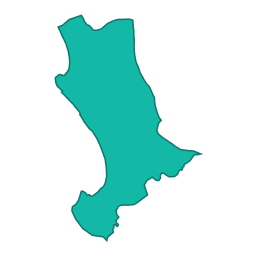 the district of Kota Bengkulu, Bengkulu, Indonesia
{"feature_id": "22746128B322693337562", "entity_name": "Kota Bengkulu", "entity_type": "district", "adm_level": 2, "iso_a3": "IDN", "parent_name": "Indonesia", "parent_adm1": "Bengkulu", "projection": "robinson", "projection_center": [102.302, -3.836], "detail": "fine", "context": "isolated", "style": "filled", "palette": "teal", "viewbox_px": 256, "rotation_deg": 0, "n_neighbors": 0, "source": "geoboundaries", "source_scale": "gbopen_adm2", "svg_char_len": 5096}
<svg xmlns="http://www.w3.org/2000/svg" viewBox="0 0 256 256"><path d="M58.2,27.0L58.9,28.9L59.7,30.2L60.1,30.9L61.0,33.2L62.0,35.6L62.5,36.7L63.8,39.0L64.5,40.6L65.0,41.7L65.8,43.3L66.0,43.7L66.3,44.8L66.6,45.8L66.8,46.7L67.5,48.7L67.8,49.5L68.0,50.0L68.2,50.6L68.3,51.5L68.5,52.3L68.6,53.0L68.7,53.7L68.9,54.7L69.0,55.5L69.1,55.9L69.2,56.6L69.3,57.0L69.4,57.3L69.5,58.3L69.5,59.0L69.5,59.6L69.6,60.3L69.6,60.9L69.6,61.9L69.6,62.3L69.6,62.6L69.6,63.1L69.6,64.2L69.5,64.8L69.4,65.8L69.3,66.6L69.2,67.2L69.1,67.9L69.0,68.4L68.8,69.0L68.6,69.7L68.5,70.3L68.4,70.6L68.0,70.6L67.5,71.6L67.4,71.9L67.3,72.0L66.5,72.8L65.4,74.0L65.5,74.8L65.2,74.9L64.4,75.2L63.9,75.6L63.4,75.5L62.7,75.3L62.2,75.3L61.8,75.4L61.8,75.5L61.7,75.5L61.5,75.2L61.4,74.9L61.2,75.0L61.0,74.8L60.8,74.7L60.2,74.5L59.7,74.5L58.9,74.9L58.1,75.3L57.1,76.0L57.1,75.9L57.1,76.0L57.1,76.3L56.6,76.7L56.5,76.8L56.3,76.8L56.0,77.0L55.7,77.3L55.5,77.6L55.5,77.8L55.4,78.3L55.3,78.9L55.7,81.2L55.8,81.6L55.9,83.0L56.0,83.2L56.5,84.3L56.9,85.2L57.0,85.5L57.2,85.4L57.5,86.1L58.0,86.9L58.1,87.0L58.9,87.7L59.2,87.9L60.4,89.1L61.3,90.0L61.9,90.6L62.4,91.1L62.5,91.1L61.5,92.3L62.8,93.6L65.0,95.7L66.3,97.1L67.7,98.6L68.0,98.8L68.0,98.7L69.1,100.0L69.4,100.4L70.2,101.2L72.8,103.9L73.6,104.6L74.0,105.0L74.7,106.1L74.8,106.0L74.6,106.2L77.0,109.0L77.7,109.7L78.3,110.5L78.5,110.7L80.6,114.2L79.9,114.7L80.5,115.7L83.8,120.9L83.8,121.2L85.5,123.6L85.7,123.8L87.9,126.8L89.4,128.8L89.6,129.0L92.2,131.1L93.8,133.6L95.4,136.1L97.0,138.7L97.6,140.1L98.7,142.4L99.8,144.8L101.1,147.9L102.1,150.6L103.4,154.2L104.0,155.9L105.1,158.9L105.3,160.2L105.7,163.1L106.3,167.0L106.4,169.4L106.5,172.7L106.7,175.7L106.7,176.5L106.2,178.7L105.7,181.2L104.9,183.9L103.9,185.8L102.7,187.4L100.9,188.4L99.5,190.1L98.3,191.6L96.5,193.1L95.4,193.9L92.5,196.1L90.7,196.3L89.4,194.7L88.4,194.9L87.1,195.1L85.3,192.7L84.4,192.1L82.7,191.2L81.4,191.2L80.9,192.4L80.4,194.5L79.7,196.7L79.2,198.2L78.6,200.2L77.0,202.6L76.0,204.2L74.2,205.5L72.4,206.8L72.1,209.1L71.9,210.8L72.8,212.9L75.6,218.9L82.8,228.6L92.4,235.3L103.3,236.9L106.8,240.6L107.4,237.5L112.2,233.2L112.7,233.0L112.9,232.9L113.0,232.8L113.1,232.7L113.2,232.4L113.3,232.2L113.3,231.9L113.3,231.6L113.2,231.2L113.1,230.8L112.7,229.7L112.7,229.3L112.7,229.2L112.8,229.0L113.1,228.7L113.5,228.3L113.7,227.9L113.9,227.6L114.0,227.3L114.0,227.0L114.0,226.8L113.9,226.6L113.7,226.0L113.6,225.6L113.5,225.3L113.6,225.2L114.0,224.9L114.5,224.8L114.8,224.7L115.2,224.7L115.4,224.8L115.6,224.8L115.8,224.9L115.9,225.0L116.0,225.2L116.4,225.8L116.5,226.0L116.9,226.4L117.0,226.4L117.3,226.4L117.6,226.2L117.8,226.0L117.9,225.9L118.1,225.3L118.2,224.7L118.2,224.4L118.1,224.2L117.9,223.9L117.3,223.8L117.1,223.8L116.9,223.6L116.8,223.4L116.7,223.2L116.6,222.9L116.3,221.6L116.2,221.4L116.2,221.2L116.3,220.6L116.3,220.3L116.3,220.1L116.4,219.8L116.6,219.6L116.8,219.3L117.0,219.1L117.7,218.6L117.8,218.5L118.0,218.3L118.2,218.0L118.5,217.7L118.6,217.3L118.7,217.1L118.6,216.7L118.4,216.5L118.2,216.4L117.9,216.1L117.6,215.8L117.4,215.6L117.2,215.3L117.1,215.1L116.9,214.7L116.8,214.4L116.7,214.2L116.4,212.2L116.2,210.8L116.1,210.6L116.0,210.3L116.2,210.2L116.7,209.3L116.9,209.1L117.2,208.8L117.2,208.7L117.5,208.3L117.6,208.2L117.8,207.6L117.9,207.2L118.0,206.7L120.7,205.2L124.6,205.0L128.3,205.1L133.2,204.6L133.9,204.6L135.6,203.7L137.5,202.4L147.5,194.9L144.3,185.2L146.7,180.8L146.9,180.5L149.9,178.7L152.4,177.1L152.6,177.2L153.5,178.3L155.0,179.5L155.4,179.8L156.3,180.2L157.1,180.4L158.1,180.6L158.6,180.4L159.3,180.0L160.5,178.0L160.3,175.5L161.5,173.3L163.5,173.1L166.1,174.9L168.4,176.5L170.4,176.8L174.6,176.5L177.5,174.3L179.0,170.9L180.4,169.8L180.5,169.8L181.7,170.2L182.6,168.8L182.2,167.4L183.9,166.6L184.1,164.6L185.0,164.1L186.1,163.4L189.0,161.4L190.2,160.4L191.0,159.3L191.7,158.4L193.5,155.6L195.6,154.5L195.8,154.3L196.9,154.8L200.7,153.9L199.8,153.6L193.6,151.0L190.6,150.8L186.2,150.4L183.3,150.0L180.4,149.5L175.5,146.6L172.4,144.1L171.6,143.5L170.6,143.0L166.9,140.4L165.2,139.3L162.0,137.1L158.2,133.8L156.8,130.4L158.1,125.1L158.7,123.1L161.1,120.4L161.2,120.2L160.8,119.8L159.2,117.7L157.4,113.4L156.5,110.2L155.3,106.2L155.2,105.9L154.8,103.0L154.6,101.5L154.4,97.7L152.4,93.6L150.6,89.4L149.6,87.2L149.3,86.7L148.0,85.4L147.1,84.5L145.9,82.8L143.7,79.3L142.3,76.5L140.4,73.3L139.8,71.7L139.3,70.0L138.7,68.3L138.5,67.8L137.3,64.9L136.9,64.1L136.1,62.1L135.2,58.1L134.6,54.4L134.5,52.6L134.3,50.7L134.1,47.4L134.2,43.2L134.3,39.9L133.9,37.0L133.8,33.8L133.9,31.6L133.4,27.9L133.2,25.7L133.0,24.2L132.8,20.2L129.3,19.1L124.7,19.3L124.4,19.3L120.9,19.5L120.7,19.5L120.5,19.4L119.7,19.3L118.1,19.5L116.7,19.8L116.0,20.0L115.3,20.2L113.1,21.0L111.3,21.7L108.5,23.1L107.6,23.6L106.7,24.2L105.8,25.0L104.9,25.8L104.0,26.6L103.0,27.5L102.9,27.6L102.2,28.2L101.4,28.8L100.0,29.3L99.1,29.6L98.4,29.8L97.1,30.2L96.1,30.2L95.2,30.3L94.4,30.3L93.4,30.1L92.7,29.4L91.8,28.4L90.9,27.2L89.8,26.0L88.2,25.1L87.1,25.2L86.5,24.1L84.6,21.7L83.0,17.9L81.5,15.6L81.4,15.6L81.3,15.4L80.6,15.6L69.3,19.5L63.1,24.8L62.6,25.3L59.9,26.3L58.2,27.0Z" fill="#14b8a6" stroke="#0f766e" stroke-width="1.5"/></svg>